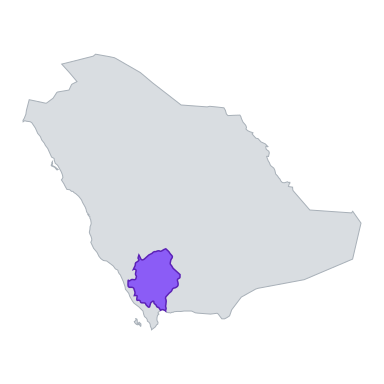 where `Asir sits in Saudi Arabia
{"feature_id": "SAU-886", "entity_name": "`Asir", "entity_type": "Region", "adm_level": 1, "iso_a3": "SAU", "parent_name": "Saudi Arabia", "parent_adm1": "", "projection": "albers", "projection_center": [42.804, 19.207], "detail": "fine", "context": "in_parent", "style": "filled", "palette": "violet", "viewbox_px": 384, "rotation_deg": 0, "n_neighbors": 0, "source": "natural_earth", "source_scale": "10m", "svg_char_len": 6579}
<svg xmlns="http://www.w3.org/2000/svg" viewBox="0 0 384 384"><path d="M304.1,279.7L258.0,288.3L255.6,289.1L241.3,297.1L231.7,309.8L229.6,315.8L228.4,316.7L226.4,317.9L224.6,318.8L221.8,318.8L218.4,314.3L217.5,313.4L216.8,313.3L210.5,314.1L197.5,313.1L195.3,312.8L192.4,311.4L191.7,311.1L190.9,311.0L184.2,311.0L180.9,311.5L177.6,311.4L174.3,311.7L173.1,312.3L171.8,312.3L171.0,312.8L170.3,313.0L169.4,312.6L168.4,312.7L166.9,312.3L165.9,311.3L164.9,310.5L163.9,310.0L162.8,309.7L161.9,309.7L160.7,310.2L160.0,310.7L158.1,312.5L158.0,313.1L158.9,314.1L158.6,314.6L157.5,315.2L157.2,316.8L157.0,317.7L156.9,319.8L157.4,321.5L158.0,322.1L158.0,322.8L157.7,324.2L156.7,324.7L155.9,326.0L155.5,326.7L154.7,327.4L151.5,329.8L151.4,328.4L150.4,326.3L150.3,324.9L149.8,323.4L149.0,322.3L147.4,321.1L147.2,319.5L146.1,317.9L144.5,316.6L143.7,314.3L143.0,311.1L139.0,307.0L134.0,303.2L132.4,301.0L129.9,296.6L128.7,293.2L125.4,289.2L125.2,287.6L124.8,285.8L124.0,283.7L123.5,282.0L120.3,274.8L119.2,273.7L118.3,272.0L118.0,270.8L117.8,270.1L115.4,268.9L113.2,265.9L106.7,261.0L103.4,260.5L100.9,258.7L99.0,256.4L97.1,252.5L93.6,248.3L90.8,242.3L91.8,240.2L91.7,238.7L90.9,236.1L89.9,234.1L89.3,232.2L89.9,229.6L90.1,226.6L90.8,225.0L91.2,223.3L90.7,219.8L89.8,217.9L89.9,216.7L88.8,216.0L87.9,214.6L88.9,214.7L87.2,212.8L86.6,211.7L86.0,209.1L85.2,207.1L82.7,202.7L81.5,199.9L78.8,196.4L75.8,193.7L73.9,192.5L73.0,191.4L71.4,191.3L69.7,189.7L68.5,189.6L66.9,189.4L65.2,186.4L63.8,183.6L61.4,179.9L62.1,179.0L62.9,177.5L62.6,175.5L62.2,174.2L61.2,171.7L57.7,165.4L56.8,164.5L55.3,163.4L54.4,160.7L54.1,158.4L51.6,157.1L47.7,148.4L45.3,145.3L44.4,143.3L41.7,139.9L40.4,136.6L37.7,133.4L35.4,128.1L31.8,122.7L30.2,121.7L26.3,121.2L24.7,120.7L23.1,121.8L23.0,120.3L24.2,118.4L25.9,114.2L26.4,110.5L29.2,99.7L45.7,103.2L46.5,103.1L53.1,98.2L56.8,92.5L57.6,92.0L68.8,90.1L69.1,89.8L71.5,84.7L71.8,84.4L72.1,84.1L77.0,81.6L69.5,72.7L61.7,64.1L92.7,56.3L93.3,56.1L95.6,54.2L109.1,56.6L114.3,57.7L115.9,58.5L140.4,72.6L152.4,82.7L181.0,104.9L181.4,105.0L207.1,106.9L209.8,106.3L216.8,107.0L223.9,107.8L225.4,110.4L225.9,112.2L226.4,114.0L227.9,115.6L233.8,115.3L239.9,115.1L240.9,116.7L241.3,118.3L243.0,122.1L245.5,125.0L246.1,126.1L246.5,127.7L246.1,128.4L246.0,129.1L247.7,130.7L250.6,132.0L251.8,132.3L253.0,132.9L252.1,133.9L253.9,136.0L255.9,138.2L258.0,138.6L261.0,141.9L265.3,143.9L268.0,146.7L267.8,146.8L267.0,146.5L266.1,146.2L265.8,146.6L265.9,147.8L266.2,149.2L267.6,150.4L268.8,151.2L269.3,152.9L268.5,156.5L268.2,156.5L267.6,156.3L266.9,156.2L266.6,156.4L267.5,159.0L268.3,161.0L269.3,162.5L270.2,164.8L270.9,165.8L273.8,168.1L274.8,170.1L275.7,174.0L277.6,176.0L278.6,177.6L279.9,179.0L280.8,180.9L282.1,182.3L282.7,182.6L283.6,182.7L284.7,182.7L286.1,182.2L287.5,181.8L288.7,182.5L289.8,182.3L290.0,183.0L289.2,184.0L288.4,186.4L289.8,186.8L291.1,186.9L292.1,187.2L292.6,187.2L292.6,187.7L292.8,189.9L293.2,190.8L309.8,210.0L351.5,212.9L352.7,211.3L361.0,223.1L352.6,259.1L304.1,279.7ZM137.8,323.8L139.1,323.9L138.6,323.3L138.5,323.0L139.1,322.2L140.9,323.9L140.9,325.9L140.7,326.3L140.2,325.9L139.9,325.5L139.8,325.0L139.3,324.5L137.4,324.8L136.3,324.3L134.7,322.6L134.3,321.4L135.0,321.2L135.7,320.6L136.1,319.7L135.7,318.7L136.7,318.9L137.2,319.9L137.3,322.2L137.4,322.6L137.1,323.2L137.8,323.8ZM57.3,169.9L56.9,169.9L55.8,168.7L55.1,167.8L54.5,167.2L51.5,165.9L51.1,165.1L51.6,164.4L51.9,165.2L52.4,165.6L54.9,166.8L57.7,169.2L58.1,169.4L57.3,169.9ZM52.6,164.0L52.4,164.2L51.8,163.6L51.9,162.3L52.5,161.5L52.4,162.6L52.6,163.6L52.6,164.0Z" fill="#d9dde1" stroke="#a8b0b8" stroke-width="1"/><path d="M165.6,311.0L165.3,310.7L164.6,310.3L163.3,309.7L163.1,309.7L162.5,309.6L162.2,309.6L161.8,309.6L161.4,309.8L160.6,310.3L159.2,308.2L158.9,307.8L158.6,307.5L157.3,307.1L157.0,306.8L156.7,306.5L156.2,305.4L156.0,305.0L155.5,304.6L154.3,303.5L154.0,303.1L153.9,302.7L153.9,301.9L153.8,301.6L153.6,301.3L153.0,301.2L152.8,301.2L152.1,301.7L151.4,302.2L151.1,302.5L150.8,302.8L150.5,303.5L149.7,306.4L149.6,306.8L149.3,307.0L149.0,307.2L148.7,307.2L148.3,307.0L147.9,306.7L146.3,305.1L146.0,304.7L145.8,304.3L145.7,303.9L145.5,303.5L145.2,303.2L144.7,303.0L144.3,302.9L141.7,302.8L141.3,302.7L140.9,302.5L140.6,302.1L140.4,301.7L140.2,301.1L140.1,300.9L139.8,300.6L139.4,300.4L139.0,300.3L138.6,300.2L137.5,300.4L137.2,300.3L136.9,300.0L136.8,299.5L136.8,299.1L136.8,298.7L137.1,296.6L137.1,296.3L137.1,296.0L136.9,295.7L136.2,295.5L134.3,295.6L135.0,293.4L135.0,292.9L135.0,292.4L134.9,291.9L133.8,288.4L133.6,288.1L133.3,287.8L133.0,287.6L132.7,287.5L131.9,287.3L131.2,287.3L129.4,287.3L129.1,287.2L128.8,287.0L128.5,286.7L128.3,286.4L128.1,286.0L128.1,285.6L128.0,284.9L128.1,280.8L128.2,280.5L128.3,280.3L128.6,280.5L128.9,280.7L129.2,280.9L129.5,280.9L129.8,280.7L130.7,280.1L131.4,279.7L131.8,279.5L132.1,279.5L132.5,279.5L134.4,279.7L134.6,279.7L134.8,279.6L135.2,279.5L135.5,279.3L135.7,279.0L135.9,278.6L136.4,276.8L136.4,276.4L136.3,276.0L135.6,274.8L135.5,274.4L135.5,274.0L135.5,273.5L136.0,271.2L136.1,270.9L136.1,270.5L136.0,270.2L135.8,269.8L135.5,269.5L135.3,269.4L135.1,269.3L134.7,269.2L134.1,269.2L133.3,269.5L135.0,265.9L135.3,265.0L135.3,263.8L135.5,263.3L135.7,262.8L136.1,262.5L138.1,261.1L138.4,260.8L138.8,260.3L138.9,259.8L138.8,259.4L138.6,259.1L138.2,258.7L138.1,258.2L138.1,257.7L138.9,255.0L139.2,255.5L140.9,259.0L141.1,259.3L141.5,259.6L141.8,259.8L142.2,259.9L142.6,259.9L143.2,259.7L144.1,259.2L144.6,258.8L148.8,255.0L152.1,253.3L152.5,252.9L153.2,252.2L153.6,252.0L154.0,251.8L154.6,251.6L155.6,251.6L155.9,251.6L156.2,251.5L157.2,251.0L157.8,250.9L158.5,250.8L158.9,250.8L159.4,250.9L160.4,251.3L160.9,251.2L161.5,251.0L164.0,249.5L165.8,248.8L168.2,251.0L169.1,252.0L169.6,252.9L170.6,254.2L172.0,255.7L172.2,256.1L172.3,256.5L172.4,256.8L172.3,257.1L172.2,257.6L172.1,257.9L171.1,259.4L170.8,260.1L170.2,263.1L170.2,263.5L170.3,264.1L170.6,264.5L171.5,265.6L173.1,268.3L179.7,274.3L180.0,274.5L180.0,276.7L180.0,277.2L179.8,277.6L179.7,277.9L179.4,278.1L178.3,278.7L177.9,279.0L177.5,279.6L177.4,280.1L177.4,280.5L178.0,282.8L178.1,283.5L178.1,284.2L178.1,284.8L178.0,285.3L177.8,285.7L177.6,286.1L177.3,286.4L177.0,286.7L176.3,287.2L175.6,287.6L174.8,287.9L173.7,288.1L173.3,288.3L172.9,288.6L172.5,289.0L172.3,289.4L171.9,290.3L171.7,290.7L171.5,291.0L171.0,291.6L169.1,293.2L166.5,296.1L166.0,296.6L165.7,297.3L165.6,297.8L165.5,298.2L165.7,299.0L166.0,299.7L166.1,300.5L166.2,301.2L165.8,305.1L165.6,305.8L165.6,306.3L165.7,306.7L166.0,307.8L166.1,308.7L165.6,310.5L165.6,311.0Z" fill="#8b5cf6" stroke="#5b21b6" stroke-width="1.5"/></svg>